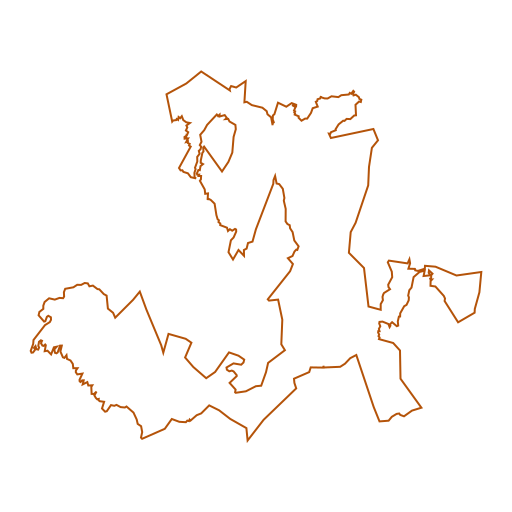 the district of Miahuatlán de Porfirio Díaz, Oaxaca, Mexico
{"feature_id": "50627088B48092332426149", "entity_name": "Miahuatlán de Porfirio Díaz", "entity_type": "district", "adm_level": 2, "iso_a3": "MEX", "parent_name": "Mexico", "parent_adm1": "Oaxaca", "projection": "equal_earth", "projection_center": [-96.649, 16.361], "detail": "fine", "context": "isolated", "style": "outline", "palette": "amber", "viewbox_px": 512, "rotation_deg": 0, "n_neighbors": 0, "source": "geoboundaries", "source_scale": "gbopen_adm2", "svg_char_len": 6005}
<svg xmlns="http://www.w3.org/2000/svg" viewBox="0 0 512 512"><path d="M201.2,71.5L186.3,83.5L166.5,94.3L172.2,121.6L173.1,120.5L176.2,120.1L176.7,119.0L178.1,119.9L178.6,117.0L180.2,118.2L181.8,116.2L183.3,120.1L186.3,122.3L189.9,123.0L186.4,125.5L187.3,127.4L185.9,130.5L188.2,132.2L186.8,135.4L184.5,137.0L184.6,138.7L185.9,138.5L186.2,136.9L186.9,138.7L188.1,138.5L186.2,142.0L187.9,141.5L187.8,143.0L189.7,143.9L189.0,145.5L190.7,146.6L179.0,168.0L180.6,170.4L182.4,170.3L183.4,171.9L187.9,173.3L190.8,177.2L196.1,178.4L194.6,177.4L194.4,172.9L195.6,169.1L195.0,167.8L197.3,161.5L197.2,156.9L199.6,153.8L198.8,150.9L200.5,149.3L201.2,146.7L199.8,145.1L201.5,141.8L200.2,134.8L204.2,130.2L207.1,124.9L216.8,114.5L218.0,116.0L219.6,114.6L219.6,116.5L224.7,115.1L226.8,117.9L225.5,119.1L228.2,118.9L229.5,121.5L235.4,124.9L235.8,129.2L233.6,136.9L232.3,152.6L228.4,161.9L222.0,171.5L204.1,146.6L203.2,147.7L203.5,151.5L202.4,152.8L200.8,160.4L200.7,162.8L203.0,164.1L200.5,166.1L199.8,170.2L198.4,170.0L196.8,173.6L197.3,174.7L199.1,174.6L198.6,176.0L201.1,176.0L200.9,179.4L199.9,180.8L204.7,189.4L205.2,193.8L208.0,193.4L207.6,199.9L208.3,198.7L210.7,199.9L214.6,203.7L216.4,215.1L217.6,219.2L218.9,220.3L218.5,222.1L220.3,223.5L220.2,225.1L227.0,227.7L228.0,231.0L229.9,229.2L232.2,230.7L235.0,228.9L236.1,229.5L236.2,231.6L233.6,237.5L230.9,240.3L228.5,252.2L233.0,259.5L238.5,250.0L244.0,255.8L243.9,250.0L246.6,248.6L248.0,243.0L252.5,241.6L255.9,229.3L273.3,183.8L273.5,180.1L275.1,176.0L276.6,183.5L279.2,184.1L282.8,188.8L284.4,198.0L283.8,200.7L285.7,208.9L285.6,221.4L287.4,224.0L289.7,225.2L290.1,228.3L292.6,232.1L294.3,240.5L298.6,246.3L297.3,249.9L296.3,249.6L294.5,251.5L292.5,256.0L287.9,258.2L292.9,264.0L290.1,271.2L267.8,299.3L269.0,300.6L278.1,299.6L282.3,319.7L281.3,344.3L284.9,350.2L268.1,362.9L266.0,372.2L261.2,385.7L255.9,386.2L245.9,391.3L235.7,392.8L235.1,392.3L235.6,389.6L229.6,382.9L236.7,376.1L236.7,375.2L233.6,371.4L231.8,370.6L229.3,371.3L226.9,369.7L226.5,367.5L233.5,363.4L241.2,364.7L243.5,362.5L244.2,359.6L238.5,355.7L229.0,352.4L215.1,372.0L206.2,378.2L193.3,367.0L185.1,357.5L191.4,342.7L185.7,338.8L168.5,333.9L163.3,352.7L161.2,345.2L146.4,309.6L139.8,291.6L133.1,299.8L115.2,317.7L113.1,312.8L107.9,308.6L106.6,295.6L103.8,294.1L99.3,289.3L97.5,289.1L92.9,285.6L89.4,286.3L87.8,283.4L84.7,283.0L81.1,284.9L77.2,284.8L73.4,287.3L65.2,288.8L63.9,292.2L64.1,296.6L63.1,298.2L59.5,297.9L54.8,299.6L49.1,298.3L44.6,302.0L43.3,305.7L43.3,308.9L39.4,311.9L38.6,315.3L44.1,321.6L45.3,321.2L46.9,316.8L48.3,315.8L50.9,317.3L51.0,319.8L49.8,322.1L45.0,325.1L33.5,340.0L33.2,343.9L30.7,350.9L31.5,352.7L33.0,352.5L34.8,350.2L34.9,348.7L34.0,347.9L35.5,346.1L36.4,349.2L38.2,349.6L39.1,347.5L38.3,345.9L39.0,341.8L40.9,340.3L42.0,340.8L41.0,343.2L42.4,345.6L43.6,345.9L45.2,344.5L45.8,345.2L44.7,351.2L47.5,350.7L51.1,354.4L53.9,347.3L56.7,346.7L54.3,349.4L55.0,352.8L56.5,353.3L57.7,352.4L60.1,345.6L61.8,345.6L60.4,351.5L62.9,357.3L64.4,357.9L66.5,355.2L67.0,358.9L70.5,360.5L72.8,363.9L73.3,368.2L77.5,368.2L75.9,370.5L75.8,372.2L77.3,374.4L82.4,373.6L79.5,379.9L79.7,381.4L80.6,382.0L82.2,380.3L83.7,380.3L82.7,384.4L87.3,382.1L88.3,385.5L92.3,385.3L91.3,386.9L91.6,393.9L93.9,394.0L96.5,391.6L94.4,395.5L95.9,398.0L97.1,399.2L98.7,398.9L98.5,400.1L99.7,401.2L104.1,401.8L102.0,408.5L105.1,411.7L106.8,411.2L111.0,405.1L114.3,405.8L116.5,404.9L120.6,407.1L124.9,407.5L126.5,406.5L133.5,412.6L136.7,419.5L137.7,423.9L141.1,426.2L142.2,432.1L141.0,437.6L142.1,438.8L164.8,428.8L171.8,419.0L179.3,421.8L185.9,422.2L187.3,420.6L189.0,421.1L189.6,419.6L190.5,420.6L196.7,415.2L201.2,413.4L209.2,405.4L219.1,410.3L230.2,418.9L246.4,428.1L247.6,440.5L263.6,419.8L296.2,388.4L294.4,382.9L294.0,378.7L309.2,372.1L310.7,367.4L323.5,367.6L323.4,365.8L323.8,367.5L340.2,366.8L345.0,363.7L350.2,358.2L356.3,355.0L373.7,407.0L379.5,421.4L388.6,420.7L391.8,416.8L396.6,413.9L399.2,413.5L400.2,414.9L404.0,416.3L412.0,410.6L421.4,407.7L400.5,378.7L400.0,350.5L393.2,343.0L379.0,339.1L379.6,337.5L378.5,336.1L379.2,334.6L378.1,332.5L378.3,331.1L379.5,331.1L378.9,328.9L380.3,326.2L379.2,323.5L379.5,321.9L382.5,321.6L388.4,324.0L389.6,327.1L390.4,325.7L390.0,324.3L392.1,322.2L396.8,326.2L398.2,325.6L397.8,321.4L398.9,316.6L400.1,316.5L400.2,313.3L404.2,306.2L406.5,304.9L408.7,300.3L408.9,297.3L408.2,295.6L409.3,290.2L411.5,287.6L413.6,277.1L419.5,272.0L424.7,270.6L423.6,276.0L430.4,275.3L428.7,272.8L429.0,270.4L432.5,273.7L431.2,275.2L431.1,278.6L430.2,278.7L430.5,279.6L432.0,279.5L430.6,281.1L430.5,285.8L435.4,286.5L443.8,295.9L445.0,298.5L444.6,301.0L458.1,322.3L474.6,312.7L474.8,308.9L479.4,292.3L481.3,272.0L456.5,275.5L435.5,266.7L425.0,265.8L424.8,268.7L417.9,270.9L415.2,270.3L414.9,268.9L408.4,268.7L410.1,263.3L409.4,259.3L407.6,263.4L388.9,260.6L387.8,262.3L391.8,271.7L392.2,277.2L388.2,284.7L388.5,287.1L390.0,289.2L384.0,293.0L383.2,294.5L382.5,296.9L382.9,300.2L380.7,304.1L380.7,309.8L368.5,306.5L364.0,268.0L348.9,252.8L350.7,232.1L355.6,222.8L368.2,185.4L369.0,166.9L371.9,147.8L378.0,140.3L373.4,129.0L330.9,138.0L328.9,133.6L330.3,133.8L331.0,132.2L335.8,130.2L335.6,129.2L338.6,124.4L343.2,120.7L344.5,120.9L346.6,118.9L350.3,119.1L354.2,115.5L356.0,115.3L355.5,104.8L359.1,101.5L360.8,102.0L361.3,99.7L359.4,98.9L358.9,97.2L355.8,94.7L353.5,95.4L353.0,94.0L354.1,91.7L353.3,90.9L351.2,93.8L349.8,92.9L348.8,94.5L341.3,95.2L338.4,97.1L331.5,96.3L327.6,98.5L324.6,98.4L320.9,97.2L321.0,96.1L320.1,98.5L317.6,99.2L317.2,101.0L315.8,101.8L317.7,106.6L312.7,108.2L311.0,112.9L307.2,118.6L305.1,118.6L301.5,120.7L298.6,117.8L298.7,116.3L294.7,114.6L295.1,113.3L294.3,112.5L295.1,111.3L294.0,110.6L295.5,107.1L292.1,105.1L296.1,106.1L296.2,104.8L291.7,103.1L286.3,106.7L278.0,102.7L274.4,114.2L272.9,115.5L272.7,119.4L273.8,122.3L272.6,123.4L272.6,125.2L271.1,117.3L267.5,114.3L266.7,111.2L262.4,107.7L251.8,105.1L246.8,101.8L244.4,102.3L245.7,81.1L236.2,87.5L231.1,86.1L229.5,89.1L229.8,90.4L201.2,71.5Z" fill="none" stroke="#b45309" stroke-width="2"/></svg>